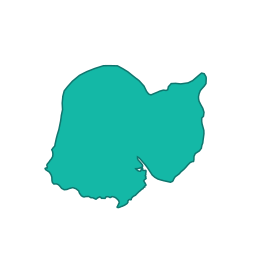 Mtwara Urban, Mtwara, United Republic of Tanzania (Mercator projection), rotated 155°
{"feature_id": "72390352B87015028421250", "entity_name": "Mtwara Urban", "entity_type": "district", "adm_level": 2, "iso_a3": "TZA", "parent_name": "United Republic of Tanzania", "parent_adm1": "Mtwara", "projection": "mercator", "projection_center": [40.161, -10.316], "detail": "fine", "context": "isolated", "style": "filled", "palette": "teal", "viewbox_px": 256, "rotation_deg": 155, "n_neighbors": 0, "source": "geoboundaries", "source_scale": "gbopen_adm2", "svg_char_len": 4989}
<svg xmlns="http://www.w3.org/2000/svg" viewBox="0 0 256 256"><g transform="rotate(155 128 128)"><path d="M196.4,83.9L195.4,83.8L194.7,83.5L194.0,83.1L193.4,83.0L193.1,82.9L192.9,82.7L192.7,82.6L192.4,82.4L192.1,82.2L192.0,81.8L191.8,81.6L191.7,81.4L191.5,81.1L191.2,80.6L190.7,80.3L190.3,80.1L190.0,80.0L189.6,79.8L189.3,79.6L189.0,79.2L188.5,78.6L188.0,78.0L187.6,77.4L187.2,77.1L186.9,77.0L186.5,77.1L186.2,77.2L185.9,77.3L185.6,77.3L185.2,77.4L184.7,77.6L184.4,77.5L184.1,77.4L183.8,77.4L183.4,77.5L183.1,77.6L182.7,77.6L182.5,77.3L182.2,76.9L182.0,76.6L181.8,76.1L181.9,75.8L181.8,75.5L181.6,75.4L181.1,75.2L180.5,74.9L180.3,74.8L179.9,74.6L179.4,74.3L179.0,74.1L178.7,74.0L178.5,73.9L178.3,74.0L178.2,74.2L178.0,74.3L177.7,74.4L177.4,74.7L177.1,74.8L176.8,74.8L176.6,74.7L176.3,74.7L176.0,74.6L175.8,74.5L175.6,74.4L175.3,74.3L175.1,74.2L174.9,74.1L174.7,73.9L174.5,73.6L174.3,73.3L173.9,72.8L173.4,72.5L173.0,72.4L172.6,72.4L172.2,72.7L171.5,72.6L170.8,72.2L170.6,72.0L170.0,71.5L169.2,70.8L168.9,70.2L168.7,70.0L168.3,69.3L168.0,68.5L167.5,67.3L167.2,65.9L167.3,64.9L167.5,64.3L167.8,63.6L168.2,63.4L168.8,63.1L169.2,62.6L169.8,62.2L170.2,61.8L170.6,61.5L170.9,61.3L171.3,61.0L171.3,60.6L170.9,60.4L170.7,60.1L170.2,59.9L169.5,59.8L168.8,59.7L168.1,59.7L167.3,59.7L166.2,59.5L165.2,59.5L164.4,59.5L163.4,59.5L162.4,59.7L161.5,59.8L160.7,60.0L160.2,60.3L159.8,60.6L159.3,60.9L159.2,61.4L158.9,62.0L158.5,62.2L158.1,62.3L157.8,62.4L157.3,62.6L156.6,62.5L156.2,62.1L155.8,61.7L155.3,61.8L155.2,62.1L154.9,62.4L154.4,62.9L153.8,63.2L153.3,63.4L152.6,63.7L151.8,63.8L151.0,63.9L150.3,63.9L149.8,63.9L149.1,64.1L148.3,64.5L147.6,64.7L146.9,65.0L146.2,65.2L145.5,65.5L144.8,65.7L144.1,65.9L143.4,66.0L142.9,66.2L142.3,66.4L141.7,66.6L141.0,66.7L140.2,66.7L139.8,66.9L139.5,67.2L139.0,67.5L138.4,67.5L137.8,67.5L137.8,67.9L137.3,68.3L136.7,68.4L136.2,68.4L135.9,68.6L135.8,68.9L135.8,69.0L135.7,69.3L135.7,69.5L135.8,70.0L135.9,70.8L135.8,71.2L135.9,71.7L136.0,72.3L136.1,72.7L136.1,73.0L136.1,73.4L135.9,73.5L135.6,73.7L135.2,74.0L134.7,74.2L134.1,74.3L133.5,74.4L133.2,74.5L132.9,74.7L132.8,75.3L133.0,75.5L132.9,75.8L132.6,76.1L132.5,76.3L132.3,76.7L132.4,77.0L132.6,77.3L132.5,77.5L132.2,77.8L131.6,78.2L131.3,78.8L131.0,79.6L130.4,80.4L129.9,81.3L129.8,81.8L130.0,82.2L130.5,82.4L130.9,82.5L131.6,82.8L132.1,83.2L132.4,83.5L132.4,83.8L132.3,84.0L132.2,84.3L131.9,84.8L131.8,85.3L131.8,85.6L132.1,85.8L132.7,85.9L133.1,85.8L133.2,85.5L133.3,85.1L133.5,84.8L133.8,84.5L134.1,84.3L134.2,84.0L134.4,83.9L134.7,83.7L135.0,83.6L135.5,83.8L135.9,84.0L136.3,84.3L136.8,84.8L137.3,85.5L137.7,86.5L138.1,87.3L138.2,87.9L136.6,87.2L134.9,86.8L133.0,86.7L131.5,86.7L131.0,87.0L130.6,87.9L130.6,88.7L130.8,89.8L131.1,91.0L131.6,92.5L132.0,93.8L132.4,95.2L132.2,96.5L131.6,97.8L130.6,96.3L130.1,94.8L129.4,92.5L128.6,89.8L127.9,87.5L127.6,86.0L127.1,83.7L126.4,78.7L125.9,75.1L124.5,72.0L122.5,69.1L121.7,68.4L120.5,67.3L118.0,65.2L114.5,62.5L112.4,60.9L111.7,60.9L110.8,60.8L109.6,61.1L107.6,62.8L105.7,63.9L103.5,64.3L101.2,64.8L100.7,64.9L100.1,65.2L99.5,65.5L99.2,65.6L98.9,65.7L98.7,65.9L97.8,66.1L95.7,66.7L95.2,66.8L92.6,67.8L91.9,68.1L89.3,69.3L86.3,70.4L85.2,70.4L83.7,70.4L83.2,70.0L82.6,70.1L81.5,71.7L81.5,71.8L81.3,72.2L80.7,73.4L80.2,74.4L77.8,76.4L76.4,76.6L75.9,76.7L72.9,77.1L70.0,78.7L69.6,79.4L68.3,81.2L66.6,82.8L65.0,85.4L63.5,87.7L61.6,90.7L60.7,92.8L60.3,93.7L59.8,96.5L59.5,98.3L59.1,100.6L58.4,102.9L57.0,105.8L54.6,106.8L52.5,110.1L51.9,114.3L52.2,118.4L52.3,122.1L51.8,124.4L50.9,126.6L49.1,129.0L46.7,131.3L44.2,132.5L41.1,133.8L38.7,135.2L38.5,135.4L38.5,135.5L37.6,137.1L36.3,139.6L35.9,140.6L35.7,141.3L35.7,141.5L35.7,141.9L36.0,145.0L37.2,145.9L37.2,146.0L38.2,146.7L42.7,145.5L44.1,145.1L49.4,143.6L50.7,143.6L54.4,143.5L61.6,145.7L66.1,148.4L70.1,150.0L72.1,149.1L73.9,148.4L75.8,145.9L77.6,145.9L78.8,146.7L80.0,147.4L83.7,148.0L85.7,148.0L90.3,148.2L93.2,148.3L94.7,149.8L94.9,150.0L95.7,153.3L95.8,159.3L97.9,166.1L99.2,168.7L99.7,169.5L101.6,173.3L102.2,174.5L102.6,175.3L104.4,179.0L107.7,184.0L110.6,187.9L111.0,188.4L111.3,188.8L118.2,192.2L122.1,194.0L123.1,194.4L123.9,194.8L132.1,195.9L133.1,196.0L141.4,196.5L145.2,196.4L149.8,196.2L158.6,193.9L165.3,191.0L170.1,188.6L173.9,184.0L174.0,183.7L177.1,178.4L179.6,172.2L180.3,171.3L183.1,167.6L184.5,165.3L185.5,163.8L186.2,162.7L191.3,155.8L195.0,151.7L197.4,148.8L199.9,145.5L200.1,145.2L200.4,144.9L202.0,142.6L204.4,141.6L206.3,140.5L206.3,138.5L207.1,136.0L208.4,133.9L210.8,132.2L212.3,131.6L213.0,131.1L214.1,130.5L214.6,130.3L215.3,129.9L216.6,129.3L217.2,128.7L217.4,128.1L217.4,127.2L218.1,126.0L219.0,126.4L220.2,126.4L220.3,125.2L219.4,123.7L217.9,121.2L217.5,118.3L217.8,115.7L217.9,115.4L219.2,112.3L219.5,110.5L219.1,109.2L218.9,108.6L216.5,107.6L215.0,106.0L214.3,104.0L213.7,101.4L211.9,99.0L209.3,98.1L206.8,98.0L203.2,97.3L202.5,96.6L200.8,94.9L199.3,92.0L199.3,91.7L199.5,89.3L198.9,86.3L197.7,84.6L197.1,84.2L196.4,83.9Z" fill="#14b8a6" stroke="#0f766e" stroke-width="1.5"/></g></svg>